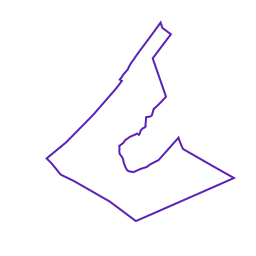 Burg al-Arab, Matruh, Egypt (Albers equal-area conic projection), rotated 343°
{"feature_id": "37247803B42052057109088", "entity_name": "Burg al-Arab", "entity_type": "district", "adm_level": 2, "iso_a3": "EGY", "parent_name": "Egypt", "parent_adm1": "Matruh", "projection": "albers", "projection_center": [29.569, 30.901], "detail": "fine", "context": "isolated", "style": "outline", "palette": "violet", "viewbox_px": 256, "rotation_deg": 343, "n_neighbors": 0, "source": "geoboundaries", "source_scale": "gbopen_adm2", "svg_char_len": 2153}
<svg xmlns="http://www.w3.org/2000/svg" viewBox="0 0 256 256"><g transform="rotate(343 128 128)"><path d="M167.3,212.4L202.3,208.3L203.7,208.1L214.7,206.8L198.7,190.0L174.5,164.2L174.1,161.3L173.7,158.0L173.5,154.6L173.5,152.0L147.9,167.6L138.9,169.2L134.4,170.8L128.3,170.8L125.8,171.1L122.0,171.6L120.0,171.7L115.7,169.3L114.6,167.3L114.0,164.0L113.8,159.6L114.2,156.0L113.6,153.4L112.5,150.5L112.8,147.7L113.6,146.2L114.5,142.5L115.3,142.3L118.3,141.2L118.7,141.1L119.0,140.9L119.5,140.6L120.3,140.0L120.6,139.8L121.1,139.3L121.4,139.1L121.5,139.0L121.7,138.9L122.3,138.6L124.7,137.9L125.7,137.5L127.1,137.1L127.3,137.0L127.6,137.0L128.2,136.9L133.1,136.4L133.9,136.1L134.3,136.0L134.6,136.1L135.1,136.0L135.5,136.6L135.6,136.8L136.3,137.7L136.9,137.3L137.2,137.1L137.6,136.8L137.9,136.5L138.1,136.2L138.2,135.9L138.4,135.6L138.6,135.2L139.0,134.6L139.2,134.4L139.9,133.9L141.1,133.1L141.5,132.8L141.8,132.7L142.4,132.6L143.3,132.5L143.5,132.5L143.9,132.4L144.3,132.3L144.5,132.2L145.2,131.7L145.4,131.6L145.3,131.2L145.4,130.8L145.5,130.4L146.2,128.9L146.2,128.7L146.7,127.7L147.3,126.1L148.0,124.4L148.3,123.8L148.6,122.9L149.0,122.9L149.9,123.1L151.5,123.4L151.8,123.4L152.0,123.4L152.7,123.4L153.1,123.5L153.2,123.4L153.3,123.4L153.9,123.1L154.5,122.9L155.1,122.0L155.8,120.9L156.5,119.9L157.1,118.9L157.2,118.7L157.7,118.0L157.9,117.7L158.1,117.4L158.2,117.5L158.3,117.4L158.6,117.3L159.1,117.0L159.2,116.9L162.3,115.4L163.6,114.8L164.5,114.3L173.5,109.2L173.4,106.6L172.0,68.6L188.1,56.9L196.4,50.9L190.1,42.3L190.0,36.7L180.5,43.9L169.4,52.1L166.1,54.5L161.4,57.9L157.8,60.7L157.3,61.0L157.1,61.2L154.4,63.4L153.4,64.2L150.5,66.3L149.0,67.6L147.7,68.9L147.5,69.1L146.5,70.1L145.7,71.0L145.5,71.3L144.9,71.9L143.8,72.6L142.6,73.4L141.4,74.1L139.4,75.4L138.7,75.8L137.4,77.1L136.0,78.1L134.8,78.9L134.3,79.3L135.9,81.2L128.1,86.8L98.8,105.1L64.7,123.6L41.3,133.3L44.8,139.9L45.7,142.3L46.0,143.1L46.8,144.9L46.9,145.1L48.3,148.8L49.9,152.6L49.9,152.8L51.6,154.4L56.7,159.1L58.2,160.5L60.9,163.0L61.1,163.2L65.1,167.5L83.2,186.8L88.7,192.6L88.8,192.7L108.3,219.3L166.5,212.5L167.3,212.4Z" fill="none" stroke="#5b21b6" stroke-width="2"/></g></svg>